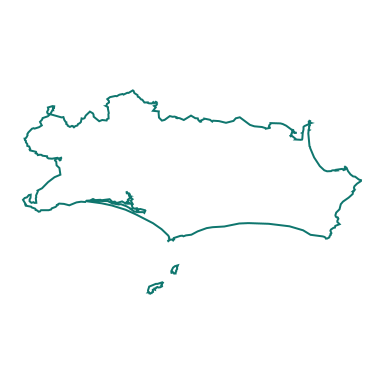 outline of Rosslare Lea-5, Wexford, Ireland
{"feature_id": "5873133B47995310482599", "entity_name": "Rosslare Lea-5", "entity_type": "district", "adm_level": 2, "iso_a3": "IRL", "parent_name": "Ireland", "parent_adm1": "Wexford", "projection": "equal_earth", "projection_center": [-6.602, 52.227], "detail": "fine", "context": "isolated", "style": "outline", "palette": "teal", "viewbox_px": 384, "rotation_deg": 0, "n_neighbors": 0, "source": "geoboundaries", "source_scale": "gbopen_adm2", "svg_char_len": 5950}
<svg xmlns="http://www.w3.org/2000/svg" viewBox="0 0 384 384"><path d="M132.8,90.4L128.6,92.9L127.3,92.8L123.5,94.6L122.7,94.0L119.4,94.7L116.8,96.2L115.3,96.0L110.1,97.1L107.3,99.1L108.9,101.0L109.0,102.5L106.9,104.0L106.5,105.9L105.9,106.0L108.0,107.2L107.9,108.6L108.8,113.1L108.4,114.2L108.6,118.5L107.2,119.0L106.6,120.5L102.2,120.0L99.2,121.2L93.7,116.7L93.5,114.5L92.8,113.3L89.9,111.6L85.7,115.6L84.5,118.2L82.9,118.8L81.6,118.4L80.9,122.0L79.6,123.3L78.1,124.0L77.4,125.5L75.3,126.1L73.3,127.9L73.7,127.1L73.2,126.3L72.0,125.9L69.9,126.9L67.7,125.7L67.4,124.6L66.2,123.9L66.4,122.3L65.6,121.9L64.3,119.9L63.4,117.1L61.5,117.4L50.2,114.2L47.8,116.3L42.6,118.1L42.1,119.6L40.0,121.9L41.8,125.4L39.0,127.2L34.6,128.6L33.7,128.2L32.0,128.7L28.3,132.5L27.3,134.2L27.6,135.1L26.8,136.8L25.5,138.5L24.6,138.6L25.0,140.2L25.9,140.9L25.9,142.3L27.3,144.1L27.3,145.9L29.2,146.5L30.2,149.0L29.6,149.5L30.0,150.4L36.0,151.8L36.2,152.3L35.7,153.3L37.3,153.9L37.8,155.1L40.0,154.7L41.6,154.9L42.4,155.7L47.1,156.3L47.2,157.5L48.4,158.4L52.0,158.7L57.5,157.8L59.1,158.7L60.0,160.0L60.6,159.1L60.1,158.1L62.0,157.4L60.5,158.1L60.9,158.8L60.6,160.0L59.6,160.2L58.9,158.9L57.3,158.5L55.4,159.3L55.0,160.5L56.2,161.5L56.6,165.4L59.4,168.0L60.4,174.7L54.5,177.2L48.1,182.1L42.0,188.3L37.7,190.5L38.0,190.8L37.4,192.5L36.1,195.4L36.2,197.4L35.8,198.2L36.3,202.8L34.4,202.9L33.6,202.2L31.4,202.8L29.6,201.3L29.6,199.5L30.5,197.9L30.7,194.7L28.8,195.1L27.0,197.3L24.7,198.0L23.0,199.8L26.2,205.0L25.4,204.9L25.7,205.7L31.2,206.7L31.7,207.4L35.0,208.6L35.8,209.5L35.7,210.0L37.4,210.6L38.6,211.7L39.9,211.5L41.0,210.2L48.7,210.2L51.1,209.5L51.7,208.4L55.6,206.9L56.7,205.9L56.8,205.0L58.2,204.7L58.4,203.9L59.3,203.6L63.9,203.9L69.3,205.3L76.5,202.4L81.1,201.7L85.3,202.0L86.6,200.7L90.0,200.5L93.0,199.0L95.3,200.1L100.4,199.8L101.8,200.2L109.6,199.2L112.5,202.0L114.8,201.6L115.7,202.5L117.5,202.8L122.1,201.4L125.7,203.6L130.4,203.7L128.4,202.2L127.6,202.7L126.6,202.1L128.5,200.3L128.0,199.6L129.8,198.2L129.7,196.2L130.1,196.1L129.1,195.8L128.7,193.6L126.8,193.3L126.4,191.4L127.3,192.5L127.2,193.1L129.3,193.5L129.9,194.7L129.3,195.6L130.8,196.3L131.5,198.5L132.5,199.2L130.8,200.7L132.8,204.2L131.8,205.2L132.6,207.7L134.6,208.7L137.0,208.2L138.3,209.3L140.3,209.0L145.2,210.3L145.4,210.6L144.3,212.9L143.4,212.1L137.3,212.1L134.1,211.4L130.9,209.2L131.3,209.0L126.3,206.2L120.9,204.2L118.7,204.5L112.2,203.3L107.7,201.1L98.8,200.9L98.0,201.6L93.8,200.8L92.4,199.9L90.4,201.2L87.0,201.3L101.7,203.3L111.9,205.5L125.5,209.7L135.9,214.4L153.0,223.2L161.6,229.2L168.3,235.6L169.2,237.4L168.8,238.5L168.9,238.4L169.5,238.1L169.1,238.3L169.7,239.2L168.1,240.8L168.3,241.1L169.9,239.8L171.5,239.6L172.5,239.6L173.1,240.5L174.0,240.7L173.2,240.4L172.7,239.3L173.7,238.7L174.3,240.3L173.9,238.0L180.3,235.9L182.3,235.7L183.4,236.3L185.9,235.4L191.4,234.7L197.6,231.4L206.7,228.1L212.5,227.2L224.3,226.5L239.2,223.5L248.4,223.1L268.8,223.8L289.5,226.3L303.1,230.3L310.5,234.8L322.7,236.4L324.4,236.9L325.5,237.7L325.9,238.6L327.3,238.5L329.3,237.4L329.5,236.3L330.8,234.8L330.4,234.1L331.4,233.1L330.4,230.8L330.9,229.6L333.5,227.8L334.9,227.6L335.3,225.9L339.6,224.2L337.3,221.9L337.4,220.6L338.4,218.8L337.7,217.5L338.1,216.6L337.5,217.6L336.7,217.4L335.8,216.6L335.4,215.2L336.2,212.6L339.5,209.3L340.8,204.2L343.0,201.6L348.7,197.6L352.7,194.0L352.9,192.3L354.1,190.7L353.4,190.8L354.7,189.6L353.9,187.9L354.4,186.3L357.0,183.7L360.9,181.1L361.0,180.2L358.8,179.5L355.2,176.7L353.1,176.4L350.5,174.4L348.0,171.1L346.5,167.7L344.3,166.2L346.5,168.3L345.2,169.4L343.7,167.9L345.0,169.4L343.7,170.1L342.1,168.9L335.3,169.9L336.9,169.9L336.6,170.1L337.1,170.5L335.2,170.7L334.9,170.2L332.2,170.4L331.1,171.1L327.1,171.3L324.3,170.3L319.8,166.1L314.1,157.4L310.1,147.9L310.1,147.0L309.5,146.3L308.3,133.4L308.6,130.6L309.4,130.1L308.6,129.8L309.2,127.9L309.0,126.7L309.8,125.5L309.5,125.2L310.2,123.3L311.2,123.0L310.1,122.7L310.2,121.1L309.4,120.8L308.7,121.9L309.1,122.5L308.7,124.2L304.4,126.1L303.5,127.0L303.5,129.5L302.8,132.6L302.1,133.0L302.7,133.3L302.3,138.9L302.0,139.6L300.7,139.8L295.4,139.5L295.9,139.1L292.1,136.0L290.7,136.3L290.4,135.8L290.8,135.6L292.0,132.4L292.7,131.8L291.7,130.3L293.0,131.5L292.0,132.6L291.1,135.6L292.1,132.6L292.9,132.0L294.6,133.0L296.8,132.8L295.1,132.7L293.4,131.0L293.2,130.0L291.5,129.6L286.2,125.7L282.7,124.0L280.4,123.4L270.4,123.1L270.4,124.2L269.5,124.9L268.9,126.3L269.1,127.1L269.8,127.4L269.8,127.9L265.7,128.7L265.5,128.1L261.9,127.0L254.3,126.3L250.0,124.9L239.8,117.3L235.8,118.3L233.5,120.9L226.0,122.8L219.0,121.1L213.1,120.7L212.3,121.6L210.0,119.8L204.3,118.6L204.3,119.0L200.8,120.6L201.1,121.6L200.6,121.8L199.8,121.6L198.2,119.8L197.8,118.4L195.3,118.2L191.0,115.6L183.8,120.0L179.7,118.2L177.2,117.9L177.0,118.2L176.3,117.9L176.5,117.2L174.6,116.6L172.7,116.8L169.8,116.1L164.6,119.9L161.9,120.6L159.0,117.6L158.6,113.0L158.8,111.4L153.0,110.8L155.7,107.4L154.1,106.0L156.3,105.3L157.0,104.0L156.1,103.2L156.7,102.4L155.8,101.8L154.0,103.3L153.2,102.2L151.9,103.5L148.9,103.3L147.8,102.9L147.8,102.4L144.4,102.5L142.3,99.7L141.2,99.5L139.1,97.2L137.8,96.7L137.5,95.1L134.4,93.1L133.5,90.8L132.8,90.4ZM149.2,286.6L148.0,290.4L148.1,291.3L148.6,291.9L148.1,292.4L149.1,292.4L149.3,293.4L150.2,293.6L150.4,293.1L151.7,293.1L152.4,291.8L153.0,291.8L152.8,289.8L153.8,289.3L154.9,289.7L154.6,288.5L155.9,288.3L156.3,287.5L157.4,287.0L158.1,287.5L160.2,287.3L161.9,286.4L161.2,285.3L162.0,284.9L161.9,284.1L162.9,282.7L162.3,282.3L157.5,283.9L155.8,283.9L149.2,286.6ZM50.2,114.2L52.5,110.1L53.2,110.2L52.9,107.9L54.0,108.0L54.2,106.3L52.5,106.1L47.9,107.5L48.4,109.3L47.1,112.0L47.7,113.6L50.2,114.2ZM171.4,272.3L172.1,272.0L172.1,272.7L173.2,272.4L174.1,273.6L175.6,273.5L175.6,272.3L176.2,271.6L176.1,270.6L177.2,268.9L176.9,267.8L177.9,265.3L174.9,266.2L173.1,267.6L171.3,271.1L171.4,272.3ZM138.3,210.7L138.0,209.5L136.5,209.5L136.8,210.2L138.3,210.7Z" fill="none" stroke="#0f766e" stroke-width="2"/></svg>